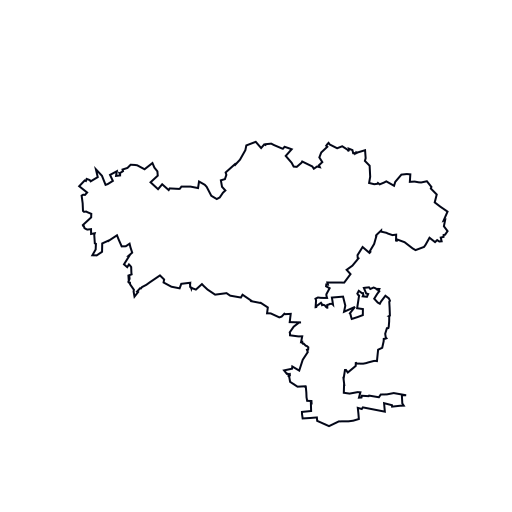 Nkangala, Mpumalanga, South Africa, rotated 200°
{"feature_id": "47623444B64302501149239", "entity_name": "Nkangala", "entity_type": "district", "adm_level": 2, "iso_a3": "ZAF", "parent_name": "South Africa", "parent_adm1": "Mpumalanga", "projection": "mercator", "projection_center": [29.297, -25.643], "detail": "fine", "context": "isolated", "style": "outline", "palette": "ink", "viewbox_px": 512, "rotation_deg": 200, "n_neighbors": 0, "source": "geoboundaries", "source_scale": "gbopen_adm2", "svg_char_len": 6101}
<svg xmlns="http://www.w3.org/2000/svg" viewBox="0 0 512 512"><g transform="rotate(200 256 256)"><path d="M86.6,333.3L88.7,336.5L86.3,338.1L86.9,339.9L85.6,340.7L84.5,344.9L89.6,348.2L90.6,354.6L91.8,353.4L91.2,363.2L99.7,365.4L106.4,367.5L107.2,375.6L114.8,379.2L114.8,380.9L121.0,384.7L125.9,381.6L128.2,380.9L132.4,380.2L136.8,378.3L138.9,385.5L142.3,384.6L147.2,382.2L150.5,373.3L150.3,369.2L159.1,370.7L160.9,368.7L164.3,365.6L166.4,366.3L166.6,365.4L169.4,363.9L174.7,363.3L175.8,369.5L180.1,379.7L186.2,382.6L186.4,385.4L189.7,392.7L195.7,388.2L196.0,388.1L196.1,387.8L196.7,387.8L197.0,387.5L197.3,387.6L197.3,387.3L197.1,387.1L197.1,386.8L197.6,386.3L197.9,386.3L198.0,386.1L198.2,386.4L198.5,386.4L198.6,386.2L199.1,385.9L199.5,386.1L199.9,385.9L201.6,388.5L205.1,388.6L204.8,388.3L204.7,388.0L204.9,387.6L205.0,386.7L205.3,386.5L206.4,387.2L212.5,388.6L216.6,385.0L224.9,386.0L226.5,387.1L227.2,385.5L227.7,383.7L227.3,383.6L226.8,383.0L226.4,382.9L230.1,375.6L230.2,370.3L225.8,366.9L227.9,362.8L226.4,361.3L229.2,361.0L231.5,357.8L233.7,359.4L244.9,360.6L245.1,359.2L248.2,353.7L251.2,352.9L254.4,355.8L262.3,360.2L259.0,368.5L262.6,368.5L266.5,368.4L267.4,366.0L267.9,365.9L277.1,366.4L280.1,366.8L285.1,364.4L285.1,363.6L286.4,363.7L288.1,359.2L295.3,363.2L302.9,356.6L302.2,351.8L304.0,341.0L306.7,334.6L307.2,335.1L313.1,324.1L311.6,322.1L311.5,317.6L314.9,315.1L311.6,309.4L307.2,307.1L308.7,304.2L310.1,298.6L312.4,296.1L318.6,297.3L326.0,304.1L328.5,305.4L335.0,306.5L333.7,300.0L341.4,298.8L349.8,295.7L350.6,293.1L351.3,292.7L360.2,290.0L360.6,288.1L368.7,291.3L370.9,285.3L380.3,289.2L375.8,297.9L377.6,301.8L381.7,304.3L385.1,307.9L390.4,299.4L398.7,300.6L401.0,300.1L405.0,298.9L406.9,294.8L411.0,291.6L410.0,290.2L412.4,287.1L412.5,287.1L411.7,286.3L411.4,285.8L411.4,285.4L411.3,285.2L414.9,283.4L415.8,288.0L420.9,282.3L416.2,277.6L419.9,272.9L421.7,271.4L428.2,278.7L436.1,282.7L431.7,276.0L436.9,269.6L438.2,270.5L441.5,270.5L441.5,268.3L442.8,268.4L446.0,261.1L436.4,257.9L437.6,254.9L439.3,254.5L440.5,253.1L436.9,246.2L434.0,239.2L432.8,238.7L430.7,239.7L429.6,239.5L425.2,239.3L424.1,235.9L429.3,225.8L428.8,225.2L428.0,225.2L426.8,223.6L425.7,223.3L423.6,223.1L420.2,224.8L418.5,220.3L415.3,222.2L415.2,220.5L411.8,212.8L410.6,212.7L408.9,207.3L410.0,200.7L405.9,202.1L402.1,207.3L404.8,215.2L400.0,219.9L399.8,219.7L393.7,227.9L390.7,224.5L385.5,219.1L381.7,220.6L379.0,224.3L377.0,221.3L373.5,216.8L375.8,212.6L375.1,212.8L377.2,203.0L373.2,201.5L372.5,204.6L370.8,203.8L369.5,202.9L367.4,197.7L366.6,196.2L369.2,194.0L368.1,191.5L367.7,192.8L367.0,191.3L367.1,188.0L366.4,187.5L365.3,187.8L364.6,186.3L359.2,182.5L358.9,180.8L356.3,176.3L354.5,181.7L355.6,181.9L353.9,186.0L353.1,186.1L352.5,187.8L349.2,191.4L346.9,194.8L339.6,204.9L334.3,202.5L333.8,199.5L325.0,198.2L316.7,199.5L316.7,204.3L308.8,208.3L308.8,208.0L308.3,207.5L308.3,206.6L308.0,206.2L307.6,205.3L307.4,204.5L307.2,204.4L306.7,204.4L306.4,203.9L306.2,203.8L305.9,203.9L305.9,203.7L305.7,203.6L305.5,203.3L305.5,203.6L305.0,203.9L301.0,203.9L297.2,211.1L294.8,209.9L290.1,207.9L281.2,205.7L271.0,211.0L266.7,209.9L256.0,211.8L255.4,215.0L244.4,212.2L244.5,212.0L235.6,213.4L235.5,213.6L227.3,211.7L226.0,205.9L222.6,207.1L213.1,206.3L211.2,207.8L209.6,211.5L208.7,211.3L203.6,213.5L201.7,205.4L191.0,209.0L192.8,208.2L196.4,202.5L198.2,195.8L197.5,194.7L196.9,193.1L188.8,194.9L185.1,196.3L184.2,190.5L183.2,191.1L182.9,190.1L181.8,189.6L181.3,190.0L178.6,188.7L177.5,188.8L175.6,188.1L175.0,185.9L176.0,185.3L174.5,183.4L176.6,174.5L176.2,163.1L184.1,164.6L183.6,162.4L190.5,158.1L186.7,155.8L186.1,156.2L185.4,155.8L184.8,156.3L184.3,155.8L183.8,156.4L183.3,155.3L184.2,154.2L183.4,153.7L180.9,149.4L172.3,147.4L165.2,150.4L165.1,150.0L164.5,150.2L162.0,144.9L160.2,140.5L158.4,137.4L154.3,138.7L153.4,136.6L154.1,136.5L151.2,129.2L159.5,125.2L158.7,123.2L156.6,119.3L149.7,122.3L143.6,125.1L142.1,122.0L129.2,121.1L121.6,128.9L117.4,130.5L112.5,132.3L108.3,134.5L103.6,138.0L105.9,143.0L108.4,148.1L104.3,148.4L103.8,150.3L81.7,153.8L85.3,161.5L77.2,162.3L76.6,161.0L69.5,164.5L66.0,165.9L68.1,167.5L71.3,175.0L67.3,176.5L79.7,174.3L85.7,170.7L91.4,168.5L92.2,165.3L102.0,163.5L102.2,162.8L108.7,160.9L108.5,159.1L110.8,158.1L111.3,163.6L114.0,162.8L121.0,158.7L126.7,157.5L129.1,164.8L128.9,164.9L132.0,171.1L131.8,171.1L133.4,179.3L132.5,179.7L129.9,177.9L124.7,186.8L125.9,190.3L124.8,189.3L118.6,191.4L115.9,193.0L114.1,194.4L109.6,197.5L108.2,198.2L106.4,198.6L109.2,209.7L106.0,212.9L106.9,219.6L107.6,221.8L106.2,222.5L105.3,223.3L106.2,223.8L108.0,227.1L108.3,232.9L107.0,233.5L107.1,235.0L108.5,240.1L110.2,245.0L110.5,245.0L109.8,245.8L112.9,253.4L115.1,258.5L114.8,259.7L116.6,261.6L120.8,262.9L123.0,255.8L123.3,253.5L125.7,253.9L130.3,256.3L129.1,262.0L128.1,265.0L128.9,265.2L128.8,267.2L130.1,266.8L130.2,266.2L130.6,266.3L130.8,265.9L132.5,266.5L134.7,266.6L137.3,264.1L139.1,265.2L142.6,263.5L143.7,262.9L139.7,258.5L137.6,258.6L137.8,255.6L141.9,254.6L141.8,256.1L142.8,257.7L143.5,257.3L147.5,258.4L147.9,255.3L146.4,254.2L145.6,254.1L143.1,241.5L137.4,242.7L135.4,237.0L139.6,233.4L144.5,229.6L145.3,230.6L147.5,233.8L148.2,234.2L145.6,242.0L154.2,233.7L155.1,239.9L160.3,247.6L170.5,242.9L168.6,239.6L167.0,236.6L168.0,237.1L170.3,236.2L170.9,235.4L172.3,234.4L171.3,231.8L171.5,231.7L173.0,232.2L173.6,232.7L174.5,233.1L175.1,233.2L176.2,233.1L177.1,232.4L177.3,232.7L177.2,233.0L177.9,233.5L178.6,234.1L178.9,234.3L182.3,229.2L182.0,228.6L182.5,228.3L184.4,234.9L185.5,236.2L183.6,238.2L180.5,238.9L174.9,240.9L176.2,242.7L176.8,244.1L175.8,250.9L179.8,251.5L180.2,253.3L178.6,253.7L179.9,255.5L164.0,261.2L161.0,271.3L166.1,274.0L162.1,279.9L158.9,288.9L159.8,289.1L160.9,291.5L158.9,300.9L150.4,297.7L149.9,299.0L150.7,299.4L149.1,307.7L149.7,315.9L149.8,316.2L150.1,316.2L150.1,316.8L147.1,322.8L146.7,321.7L141.4,322.4L139.7,322.2L134.9,322.3L131.6,324.0L129.7,318.4L128.9,318.5L128.9,319.8L121.1,319.8L111.4,316.7L108.1,316.1L101.2,322.0L100.5,324.5L99.2,332.5L92.5,330.3L91.2,332.9L88.7,332.3L86.6,333.3Z" fill="none" stroke="#020617" stroke-width="2"/></g></svg>